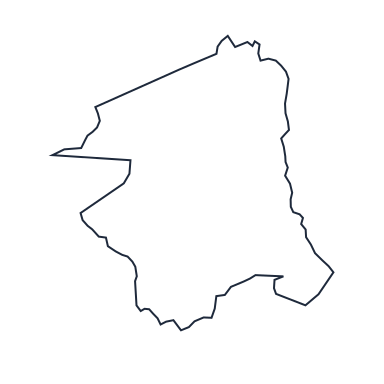 outline of Taquaral de Goiás, Goiás, Brazil, rotated 344°
{"feature_id": "56859067B36818753326646", "entity_name": "Taquaral de Goiás", "entity_type": "district", "adm_level": 2, "iso_a3": "BRA", "parent_name": "Brazil", "parent_adm1": "Goiás", "projection": "natural_earth1", "projection_center": [-49.592, -16.048], "detail": "fine", "context": "isolated", "style": "outline", "palette": "slate", "viewbox_px": 384, "rotation_deg": 344, "n_neighbors": 0, "source": "geoboundaries", "source_scale": "gbopen_adm2", "svg_char_len": 1361}
<svg xmlns="http://www.w3.org/2000/svg" viewBox="0 0 384 384"><g transform="rotate(344 192 192)"><path d="M131.4,309.5L138.8,310.1L143.3,321.9L151.8,321.0L158.8,317.0L168.6,315.8L176.1,318.3L181.7,310.4L186.7,298.8L195.2,300.0L203.3,293.9L217.0,292.3L223.8,291.2L230.1,289.4L256.6,298.3L247.1,299.2L244.3,307.1L244.7,313.1L269.8,332.2L280.2,327.5L285.4,325.2L305.8,308.2L302.9,301.0L298.5,293.7L293.4,284.7L291.8,275.3L289.2,266.9L290.9,259.4L288.1,252.9L291.5,247.5L289.3,243.1L283.8,239.3L282.9,233.5L284.8,226.2L288.1,220.3L288.5,211.0L286.0,202.0L290.8,194.9L290.2,189.0L291.5,183.4L292.7,173.8L292.5,165.1L297.6,161.9L302.3,159.1L303.6,150.6L303.6,142.1L305.8,132.6L310.1,123.7L312.9,117.2L316.0,109.9L315.5,102.2L312.5,95.1L308.8,88.8L302.2,84.9L294.1,84.6L293.9,77.1L297.6,68.8L293.9,64.5L290.4,68.3L286.6,63.1L273.4,64.5L269.4,51.8L262.2,54.9L256.7,59.3L253.6,65.9L229.4,68.8L213.5,70.8L122.5,83.7L123.2,90.5L123.0,98.2L118.5,103.8L113.0,106.8L107.1,109.0L103.9,112.3L97.6,119.2L81.0,115.8L68.0,118.1L141.6,144.5L136.9,157.2L128.8,164.9L79.1,181.5L79.1,188.9L82.4,195.8L85.8,200.4L90.1,209.2L96.7,212.1L96.2,220.9L102.3,228.1L107.6,233.2L112.3,236.3L115.5,242.5L116.9,248.2L115.7,257.8L112.7,262.0L107.4,285.7L109.9,292.3L114.2,291.2L118.5,292.9L121.1,298.3L124.1,303.9L125.3,310.7L131.4,309.5Z" fill="none" stroke="#1e293b" stroke-width="2"/></g></svg>